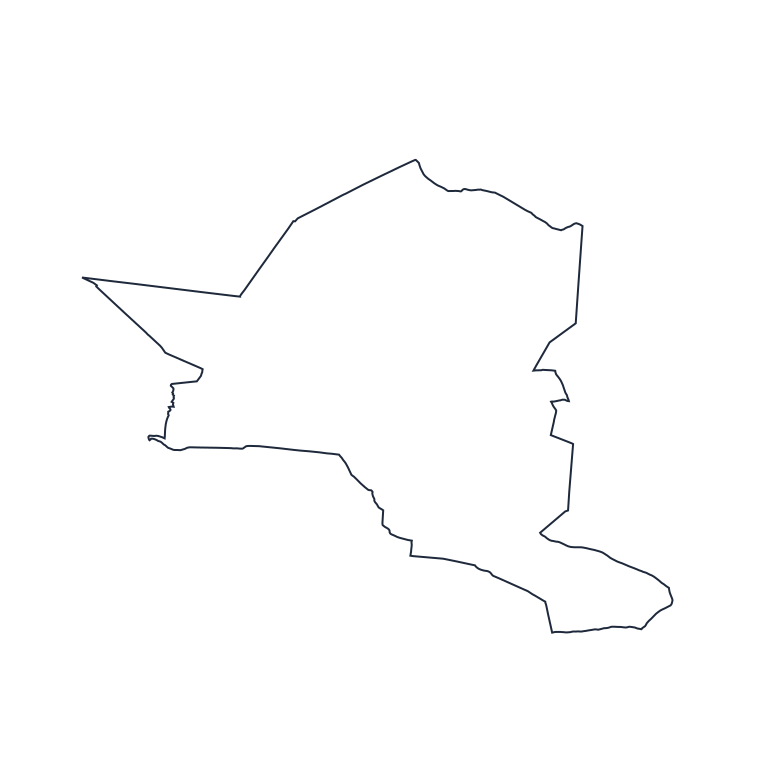 Wajir North, North-Eastern, Kenya, rotated 277°
{"feature_id": "3690345B77349779921322", "entity_name": "Wajir North", "entity_type": "district", "adm_level": 2, "iso_a3": "KEN", "parent_name": "Kenya", "parent_adm1": "North-Eastern", "projection": "equal_earth", "projection_center": [39.341, 2.99], "detail": "fine", "context": "isolated", "style": "outline", "palette": "slate", "viewbox_px": 768, "rotation_deg": 277, "n_neighbors": 0, "source": "geoboundaries", "source_scale": "gbopen_adm2", "svg_char_len": 6161}
<svg xmlns="http://www.w3.org/2000/svg" viewBox="0 0 768 768"><g transform="rotate(277 384 384)"><path d="M467.6,566.9L506.7,564.8L565.0,561.8L566.2,559.1L566.5,557.9L566.8,556.6L567.0,555.3L566.6,554.1L565.9,552.9L564.9,551.7L563.9,550.6L562.9,549.2L562.3,547.6L561.5,546.2L560.8,545.1L559.6,543.8L559.1,542.8L558.8,541.9L558.2,541.1L558.7,537.2L559.2,533.5L559.3,532.2L560.0,530.8L560.9,529.4L561.6,528.0L562.5,527.0L563.3,526.0L564.4,524.1L565.2,521.9L566.1,519.8L568.0,514.7L568.6,513.7L569.3,513.0L570.5,510.9L571.1,510.2L571.6,509.7L572.0,508.9L573.0,505.6L574.1,502.7L584.5,479.3L585.3,476.9L587.5,470.7L587.4,468.5L587.5,466.9L588.1,462.3L588.4,458.2L588.8,456.3L588.5,454.9L588.3,453.2L587.9,452.0L586.9,447.3L586.8,446.1L586.9,444.4L587.4,441.1L587.3,439.9L587.0,439.2L586.4,438.4L584.7,437.2L584.5,436.4L584.6,434.1L584.5,432.5L584.3,430.7L583.9,428.7L583.8,427.2L583.4,425.1L583.4,424.1L583.7,423.2L585.5,419.9L586.9,415.8L587.3,414.2L587.9,412.5L589.5,409.2L592.1,404.8L592.8,403.3L594.6,400.6L595.7,399.1L597.1,397.7L602.5,394.0L605.8,392.4L607.5,391.8L608.9,390.1L610.3,388.2L610.0,387.3L608.3,384.4L601.0,372.7L590.5,356.3L579.4,339.2L568.1,322.6L567.0,320.7L548.9,294.5L537.9,278.2L534.6,275.9L534.6,274.2L526.7,270.1L505.8,258.6L495.5,253.1L483.4,246.5L460.3,234.1L455.4,231.2L453.8,230.5L453.5,230.3L453.2,230.4L453.1,226.4L453.0,193.3L453.0,174.5L453.0,157.7L453.0,124.3L452.9,102.4L452.9,71.3L449.0,83.2L446.9,87.0L445.8,86.5L443.5,89.5L423.8,116.7L406.1,141.4L404.3,143.5L403.4,145.0L394.6,157.2L392.9,159.1L388.4,163.1L387.2,166.7L382.5,182.6L377.5,199.7L376.6,202.2L375.0,202.1L373.3,202.1L371.8,201.6L370.7,201.5L369.5,201.2L363.8,197.9L363.3,195.5L358.2,173.5L357.4,172.7L356.3,172.6L354.3,175.2L353.6,175.7L351.4,175.6L350.6,175.3L349.7,174.9L348.9,175.8L347.8,175.6L346.8,177.0L346.2,176.8L345.4,176.7L344.5,177.2L343.8,177.2L340.4,175.4L339.6,177.2L338.0,177.0L335.8,178.0L335.7,175.9L334.9,173.2L334.1,173.7L333.5,174.5L332.6,175.2L331.9,175.2L331.2,174.6L330.2,173.2L329.2,173.4L327.9,173.3L327.3,173.8L326.6,174.1L324.6,173.4L322.1,172.8L319.8,172.5L317.5,172.3L312.4,172.3L305.7,172.8L303.3,172.9L304.1,170.4L304.9,166.4L304.9,164.3L304.4,162.3L304.2,157.7L303.6,157.0L302.7,156.6L301.1,157.1L300.1,157.6L299.6,158.2L300.4,159.0L301.3,159.5L301.5,160.6L301.5,161.6L301.2,163.4L300.5,165.6L299.9,166.8L299.7,168.4L299.5,169.3L298.8,170.5L297.0,173.0L296.6,174.2L294.9,176.6L294.3,177.7L293.9,179.7L293.1,182.5L293.0,183.1L293.0,184.3L293.3,187.1L293.5,190.0L295.2,194.0L295.4,194.4L296.3,195.7L296.8,196.6L297.3,198.1L297.6,199.6L298.4,207.7L300.5,227.4L301.7,240.0L301.7,241.4L301.9,243.8L302.2,245.4L302.3,248.8L302.5,251.1L302.6,251.4L303.0,252.1L304.7,253.9L305.5,254.9L305.6,255.3L305.9,256.6L306.2,258.3L306.7,263.7L307.1,267.9L307.1,269.4L307.5,288.2L307.6,302.3L307.7,308.5L308.1,318.5L308.3,328.2L308.2,335.6L308.4,340.8L308.4,348.0L307.3,349.0L305.5,351.1L303.6,352.7L301.7,354.7L300.3,355.9L296.8,358.4L290.1,362.6L289.7,363.0L288.3,365.5L287.1,367.1L282.3,373.2L279.2,377.7L277.0,381.3L276.9,381.7L276.9,383.8L276.9,384.3L276.4,385.0L275.8,385.4L275.5,385.8L275.0,385.8L274.3,385.7L272.8,386.1L271.3,386.7L268.7,388.4L268.4,388.5L267.2,388.6L266.6,388.8L265.6,389.6L263.6,391.7L261.8,393.0L260.8,393.8L260.1,395.2L259.4,396.9L258.5,398.6L245.7,399.4L244.2,399.7L243.9,399.8L243.6,400.1L242.3,402.3L241.1,405.2L240.4,406.3L240.0,406.8L239.2,407.3L238.5,407.5L237.5,407.7L236.8,408.1L236.1,408.8L235.7,409.7L234.8,412.8L233.9,415.4L233.5,417.0L233.2,418.6L232.1,426.7L231.9,430.7L230.2,430.6L227.9,431.1L226.2,431.2L223.7,431.2L220.6,431.3L216.8,431.1L216.7,433.7L217.8,463.7L217.7,465.6L216.7,478.2L215.3,493.8L215.1,496.4L214.2,497.2L213.3,498.4L212.5,499.7L212.0,501.0L211.5,502.7L211.2,504.5L211.0,505.9L210.9,509.3L210.7,510.4L210.4,511.2L210.1,512.0L209.5,512.8L207.7,514.6L206.9,515.7L206.8,516.1L205.1,522.0L198.2,544.4L195.9,552.0L194.3,555.2L193.3,557.2L192.5,559.3L188.4,568.6L187.6,570.6L186.1,571.0L185.3,571.5L183.2,572.3L174.6,575.2L172.1,576.1L157.7,581.2L158.6,583.6L158.9,585.0L159.4,589.3L159.6,593.3L159.6,594.5L159.7,595.6L160.4,599.1L161.3,601.5L161.7,604.8L162.1,606.6L162.2,609.0L162.4,610.3L163.2,613.0L163.5,614.3L164.3,616.8L165.1,619.6L166.2,623.3L166.3,625.1L166.2,626.5L166.8,628.1L168.3,631.8L168.6,633.0L168.8,634.3L169.3,636.1L169.8,637.3L170.4,638.5L170.7,639.2L170.9,640.0L171.1,641.6L171.2,643.2L171.4,645.7L171.7,648.5L171.7,652.2L171.8,653.7L172.1,654.9L172.9,656.8L173.0,657.2L173.0,657.6L173.0,659.1L172.9,662.3L172.7,663.6L172.4,664.5L172.2,665.4L172.1,668.0L172.0,668.8L172.0,669.4L173.4,670.3L175.4,672.6L177.0,673.4L178.5,673.9L181.1,675.7L183.7,677.9L189.1,682.0L191.5,684.4L193.1,686.2L194.3,688.0L195.5,690.0L196.8,691.9L199.1,695.3L200.0,695.9L200.9,696.3L203.0,696.6L204.7,696.7L206.1,696.1L210.7,693.6L212.2,692.9L213.3,692.5L216.4,691.6L217.0,690.3L217.7,688.9L219.5,685.9L220.3,684.1L222.9,680.2L225.0,676.6L225.8,675.1L226.7,673.0L227.1,671.3L228.6,667.2L228.9,665.5L229.1,664.1L229.6,662.7L230.2,659.8L230.8,657.9L231.7,654.5L233.0,649.2L235.0,642.4L235.8,638.8L236.2,637.2L238.3,631.5L239.0,629.8L240.9,626.6L242.5,623.3L243.3,621.6L244.0,618.9L244.9,613.1L245.2,609.5L245.7,605.0L246.0,600.8L245.9,599.2L245.7,597.5L245.2,593.4L245.0,589.7L245.2,587.6L245.4,586.4L245.9,584.8L247.0,581.7L248.2,578.0L248.4,577.1L248.6,575.7L248.5,574.2L248.8,570.9L248.8,569.4L249.1,568.1L249.5,566.9L250.7,564.5L252.1,562.5L252.5,561.4L252.9,560.2L253.4,559.3L254.1,558.1L255.4,557.1L279.6,579.4L280.9,582.1L299.6,581.0L347.5,579.0L347.9,577.9L349.1,573.4L353.6,555.8L367.4,557.2L368.8,557.2L373.8,557.8L375.7,558.1L378.1,558.2L378.8,558.1L379.8,557.3L382.3,555.0L383.6,554.1L385.9,552.7L386.8,552.0L387.1,552.9L387.2,554.5L388.2,557.7L388.9,559.5L389.2,560.8L390.2,563.1L390.4,565.4L389.8,567.1L389.5,568.4L389.5,569.6L390.9,569.0L391.8,568.5L392.9,567.8L394.2,567.3L395.7,566.6L396.5,565.8L397.7,565.0L401.6,563.1L404.6,561.7L408.1,559.6L409.7,558.4L410.8,557.4L412.4,555.9L413.6,554.6L414.7,553.6L416.6,552.7L418.0,552.3L418.0,548.7L417.4,539.7L416.8,538.3L416.1,533.4L415.5,530.7L420.7,532.8L445.5,543.3L467.6,566.9Z" fill="none" stroke="#1e293b" stroke-width="2"/></g></svg>